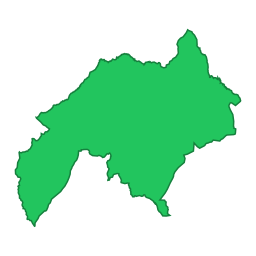 the district of Nabon, Azuay, Ecuador
{"feature_id": "8360857B24818019376312", "entity_name": "Nabon", "entity_type": "district", "adm_level": 2, "iso_a3": "ECU", "parent_name": "Ecuador", "parent_adm1": "Azuay", "projection": "robinson", "projection_center": [-79.125, -3.333], "detail": "fine", "context": "isolated", "style": "filled", "palette": "green", "viewbox_px": 256, "rotation_deg": 0, "n_neighbors": 0, "source": "geoboundaries", "source_scale": "gbopen_adm2", "svg_char_len": 5734}
<svg xmlns="http://www.w3.org/2000/svg" viewBox="0 0 256 256"><path d="M69.5,95.3L68.2,99.1L67.4,99.7L66.5,99.5L65.6,100.2L65.0,100.1L63.7,101.3L62.7,100.9L61.9,101.9L61.1,102.0L60.8,102.6L58.5,104.5L56.9,104.5L56.1,105.2L53.9,105.1L53.2,105.8L52.9,107.2L52.1,107.9L51.7,108.7L50.3,109.6L50.0,110.1L48.6,110.8L47.8,111.6L45.4,112.7L44.1,112.6L43.3,112.9L41.4,112.5L40.2,113.7L38.7,116.2L37.0,117.6L36.2,117.4L36.6,118.3L40.7,121.9L43.3,124.9L45.7,125.9L47.1,127.3L49.5,128.9L49.3,129.5L47.3,131.8L45.7,131.8L45.1,132.2L44.0,134.2L42.8,134.3L41.3,133.5L41.3,135.9L40.3,137.1L39.5,138.6L37.6,140.5L35.9,140.7L34.1,138.8L32.9,138.5L32.1,138.8L32.4,140.6L31.8,142.6L32.2,144.9L30.3,148.7L28.3,150.1L28.0,150.9L27.4,151.3L26.5,151.1L25.0,151.9L22.6,152.1L21.4,152.8L19.9,152.6L19.4,152.0L19.1,152.5L19.8,158.2L17.7,162.6L17.2,167.6L15.4,169.9L15.6,173.9L17.1,175.4L18.0,177.1L20.2,177.4L20.8,178.9L19.7,181.4L18.9,182.2L19.5,185.5L18.4,185.8L18.0,186.3L18.8,187.9L18.1,189.3L18.5,190.7L18.3,192.9L19.5,195.5L19.5,198.1L20.7,199.1L21.0,200.4L22.1,200.9L22.8,202.5L22.1,204.9L22.4,206.0L23.3,207.0L23.1,208.6L24.6,208.8L25.4,210.1L25.5,211.2L26.3,212.2L26.4,213.2L26.2,214.6L27.2,215.6L27.6,216.6L27.1,219.1L27.4,219.4L28.9,219.3L30.1,220.6L31.3,220.6L32.5,223.2L34.5,226.2L34.9,226.0L35.0,223.3L35.3,222.5L37.9,218.8L39.2,215.9L44.7,210.8L45.7,211.0L46.6,210.1L47.8,207.3L48.6,204.4L50.2,202.9L51.6,199.1L60.7,191.5L62.5,188.9L64.8,186.2L67.4,181.5L68.9,177.9L70.1,174.2L70.4,170.7L71.7,168.3L72.1,166.9L73.7,164.4L74.5,162.4L76.7,159.9L77.6,157.6L78.3,154.9L78.6,151.0L81.0,151.1L81.3,150.6L81.3,149.7L82.6,149.8L83.7,149.5L87.3,149.4L88.7,150.2L89.4,151.1L89.5,151.7L89.2,152.3L89.8,153.9L92.6,155.6L97.5,156.0L99.0,155.3L101.4,156.3L102.7,157.5L104.4,157.0L106.9,153.9L107.7,153.7L108.2,154.1L109.7,153.0L110.5,154.2L111.0,155.9L111.0,156.3L110.5,156.9L110.6,158.0L109.9,159.6L109.1,160.4L107.9,160.7L106.8,162.6L107.6,165.5L107.7,167.1L108.3,167.6L109.1,168.9L107.3,173.2L107.4,174.9L108.4,177.1L108.5,178.7L108.0,179.6L107.9,180.3L109.4,180.0L110.0,178.1L110.5,177.5L112.5,177.1L113.3,174.9L113.8,174.4L117.2,173.5L118.8,173.7L118.9,175.4L120.6,178.2L121.4,180.2L121.0,182.1L121.2,182.6L124.9,183.6L127.5,183.0L129.0,183.3L128.6,184.0L128.5,184.9L129.0,185.6L129.5,188.0L130.2,188.3L130.6,189.1L130.2,190.2L130.8,191.4L130.9,194.4L132.1,195.4L132.6,196.7L134.1,196.8L134.5,195.9L135.4,195.8L136.1,196.4L139.4,195.5L141.7,196.3L143.0,196.0L143.6,195.0L144.6,194.9L145.0,195.2L145.3,196.4L146.5,197.4L149.9,198.5L150.8,199.4L151.5,199.6L152.4,200.6L153.5,201.1L153.9,202.2L155.4,202.9L155.6,203.5L154.9,203.4L155.5,204.2L156.2,204.1L157.2,206.2L158.0,209.9L159.2,211.7L160.4,212.4L162.8,215.9L166.4,216.0L169.8,215.4L167.5,213.6L167.7,211.0L168.2,209.5L167.8,208.8L167.8,207.2L166.2,205.8L165.9,204.2L166.1,202.0L165.4,201.7L164.6,200.2L159.8,200.0L165.1,193.0L167.4,189.0L170.1,183.1L172.8,178.1L173.5,176.4L173.7,174.4L174.9,171.9L178.3,167.6L184.2,162.5L185.0,158.5L183.8,155.1L187.5,154.1L193.4,151.1L194.1,143.0L197.4,146.7L199.7,148.2L204.3,145.8L204.9,145.3L205.7,143.9L206.5,143.3L208.1,143.0L209.8,142.2L211.6,142.0L213.2,140.1L219.8,141.0L221.1,139.4L222.6,138.8L225.9,135.6L227.1,135.0L233.5,134.6L235.0,134.2L235.4,133.1L235.7,129.3L235.7,128.9L233.9,128.3L233.9,127.1L233.5,126.4L233.7,121.3L232.8,114.6L230.2,109.7L229.0,106.7L228.9,105.4L230.0,103.2L230.8,102.7L231.7,102.9L235.5,105.5L240.3,101.4L240.6,100.8L239.9,98.1L239.0,97.2L237.9,95.0L236.5,94.4L234.5,94.4L233.9,94.1L233.7,93.6L233.1,93.6L232.1,92.6L231.5,90.7L229.5,89.8L229.4,89.3L228.4,89.4L228.0,88.7L227.5,88.6L226.8,89.0L226.5,87.8L225.6,86.8L225.3,86.7L225.2,87.2L224.8,86.6L224.4,86.6L224.4,85.1L223.7,84.1L222.8,84.7L222.6,83.9L221.7,83.1L220.9,82.8L220.4,83.0L220.7,81.9L220.4,81.4L220.7,80.9L220.5,80.3L220.0,80.1L220.1,79.5L219.7,78.7L219.2,79.9L217.9,77.7L217.9,78.7L217.4,79.3L216.0,77.8L214.1,77.7L213.5,78.3L212.3,76.4L211.5,75.8L210.7,76.0L210.4,77.3L209.7,77.3L209.6,75.8L208.7,74.1L208.0,71.7L208.1,70.7L207.8,69.8L208.1,67.2L207.8,64.0L207.0,62.1L207.1,60.6L206.3,57.0L204.9,54.7L203.7,54.8L203.4,54.4L202.7,54.5L200.7,52.4L200.7,51.1L200.0,50.0L199.9,48.8L199.3,48.7L199.5,48.2L199.0,48.3L198.9,47.8L197.8,47.1L196.9,45.7L197.1,44.8L196.8,39.6L194.5,35.2L192.4,33.1L191.9,31.8L188.6,30.5L187.7,29.8L186.3,32.7L183.2,36.8L180.5,38.2L178.4,40.5L177.0,44.3L178.3,46.9L178.0,48.6L178.3,53.0L178.1,53.7L175.7,57.2L173.1,58.6L171.8,60.5L169.8,61.5L169.1,64.0L166.4,65.0L166.0,67.3L163.7,67.8L161.1,66.7L160.6,65.9L160.3,63.7L159.3,62.7L158.5,62.7L158.0,63.4L157.2,63.7L154.2,62.1L152.6,62.3L151.3,62.8L149.9,61.6L149.5,62.3L148.9,62.2L148.4,61.7L147.4,62.1L145.5,62.4L145.3,63.1L144.6,63.6L144.7,64.0L144.0,64.8L143.7,64.1L141.6,63.1L140.5,62.0L139.4,61.6L139.0,61.0L136.8,61.5L135.2,60.2L134.6,60.6L134.2,59.9L134.4,59.3L133.6,59.5L133.7,58.6L132.9,58.5L131.9,57.3L131.1,56.8L130.5,56.8L130.1,55.8L128.6,54.3L128.0,54.7L127.5,54.1L127.0,54.4L126.5,53.9L125.9,54.2L124.8,53.6L124.4,54.0L123.7,53.9L123.4,54.3L122.2,54.3L121.6,55.0L121.3,54.8L120.8,55.6L119.1,56.5L118.4,57.4L118.2,57.3L117.9,58.0L116.8,57.1L116.4,58.0L116.3,59.2L115.7,59.6L114.6,59.8L112.7,59.1L111.1,61.1L110.4,61.3L110.2,61.0L109.4,61.4L108.3,62.4L108.1,61.8L106.6,61.4L105.8,60.8L104.6,60.9L104.4,59.8L104.0,59.5L102.8,60.0L101.5,59.6L101.5,59.1L100.6,59.2L99.9,59.8L99.9,60.4L99.4,60.7L99.6,61.8L98.6,63.0L98.4,64.7L97.7,65.3L97.5,66.5L96.9,66.9L95.4,69.5L92.5,71.3L90.1,72.3L88.8,76.9L87.2,77.8L86.6,78.8L84.9,79.5L83.1,82.7L82.1,83.1L80.5,84.8L80.5,86.0L79.7,86.1L79.7,86.9L79.2,87.8L78.8,87.7L78.0,88.9L77.5,88.6L77.2,89.4L76.5,90.0L76.0,90.0L75.1,91.1L74.2,91.4L73.7,92.2L73.0,92.1L71.9,93.1L71.1,93.3L69.5,95.3Z" fill="#22c55e" stroke="#15803d" stroke-width="1.5"/></svg>